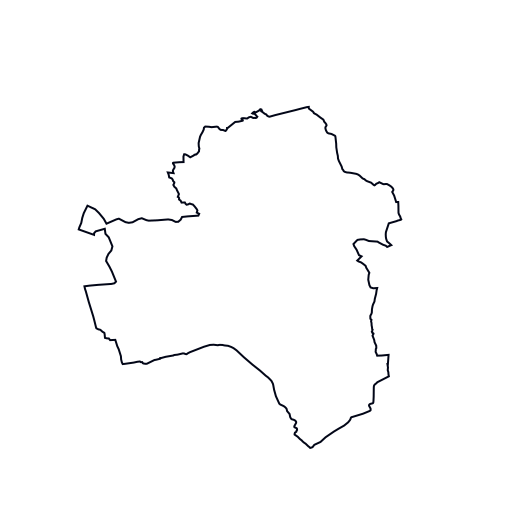 Baile Govora, Vâlcea, Romania (Robinson projection), rotated 207°
{"feature_id": "2599482B27172768373600", "entity_name": "Baile Govora", "entity_type": "district", "adm_level": 2, "iso_a3": "ROU", "parent_name": "Romania", "parent_adm1": "Vâlcea", "projection": "robinson", "projection_center": [24.185, 45.08], "detail": "fine", "context": "isolated", "style": "outline", "palette": "ink", "viewbox_px": 512, "rotation_deg": 207, "n_neighbors": 0, "source": "geoboundaries", "source_scale": "gbopen_adm2", "svg_char_len": 6105}
<svg xmlns="http://www.w3.org/2000/svg" viewBox="0 0 512 512"><g transform="rotate(207 256 256)"><path d="M276.7,412.8L278.3,411.7L284.0,406.7L287.0,404.0L302.8,390.3L307.1,386.3L307.7,386.1L309.0,386.0L309.8,386.1L311.1,386.8L312.0,386.7L313.0,386.7L315.9,387.3L316.9,387.3L317.1,387.4L316.7,388.2L317.7,389.0L318.7,388.8L319.0,388.4L319.3,387.0L321.3,384.0L321.8,383.8L323.0,383.7L323.7,382.6L324.1,381.4L323.3,381.4L322.5,381.8L321.4,382.0L320.3,381.5L319.5,381.3L319.0,380.9L318.1,380.7L318.3,379.4L319.1,378.7L320.2,378.3L321.1,377.7L323.4,377.7L323.9,377.6L324.7,376.9L325.4,376.2L326.2,374.6L326.9,374.2L329.4,373.3L330.8,372.5L331.3,372.0L331.3,371.6L329.6,371.1L329.3,370.8L329.3,370.5L332.5,367.8L335.4,366.0L339.5,356.9L339.8,356.8L339.6,356.5L339.5,355.4L339.7,354.3L339.9,353.6L340.2,353.5L342.6,353.3L344.5,352.4L344.9,352.4L346.0,352.5L348.6,353.7L349.1,353.6L349.8,353.4L354.1,350.6L356.6,349.8L360.0,348.3L360.6,346.7L360.0,344.9L359.9,341.9L360.1,338.9L360.0,336.9L358.4,330.6L356.8,327.8L355.1,325.8L355.1,325.2L354.9,324.7L354.3,323.4L354.5,322.3L354.9,320.4L355.5,319.2L355.8,319.2L356.2,318.6L356.8,318.3L356.9,317.7L357.6,316.6L359.4,314.1L362.4,314.5L364.6,314.5L365.4,314.4L366.2,314.0L365.8,311.7L363.2,306.8L367.0,304.7L372.0,301.6L372.2,301.2L372.0,300.8L370.1,299.7L369.6,299.3L369.0,298.6L368.7,297.5L368.9,295.3L368.8,294.3L368.2,293.4L367.1,292.4L372.5,290.4L370.7,288.8L369.0,286.6L366.3,286.9L365.0,286.3L363.9,285.2L362.2,284.6L361.9,283.6L361.9,281.8L360.1,280.6L357.7,280.0L356.5,278.9L352.8,276.2L352.5,273.2L351.6,273.2L350.8,272.7L350.2,271.4L348.3,271.1L346.6,269.8L343.7,271.4L342.4,270.5L341.1,270.2L339.9,271.2L338.8,272.7L337.5,272.8L335.6,273.2L333.4,272.4L330.0,270.8L328.9,270.0L328.5,267.8L325.8,267.8L325.7,265.8L335.0,260.2L339.6,257.2L339.6,254.2L340.8,251.2L343.1,249.9L347.2,249.9L350.9,248.7L360.3,242.9L367.6,238.8L369.9,238.2L374.9,237.8L377.6,235.4L381.3,230.0L384.4,227.8L387.7,226.9L395.1,227.0L397.0,225.3L403.9,216.9L408.5,220.0L415.4,223.0L420.5,224.6L429.0,224.3L428.9,216.0L428.1,211.1L426.7,206.1L426.4,201.3L426.0,199.2L409.9,201.3L410.6,202.8L410.0,205.2L403.1,211.6L400.2,207.4L395.7,205.8L388.3,199.4L387.4,195.2L388.4,191.0L388.3,186.8L387.3,183.5L381.8,180.0L377.3,176.7L369.1,169.6L369.8,167.4L372.1,165.5L383.6,158.6L390.9,154.0L395.1,151.1L393.3,148.9L391.7,147.4L384.1,139.1L373.6,128.3L371.1,125.5L365.8,119.4L365.3,119.1L364.2,119.1L363.0,119.1L361.7,119.5L360.9,119.5L358.4,118.8L356.3,118.7L355.5,117.8L353.4,114.5L351.5,114.9L349.7,115.7L347.8,114.8L343.3,117.4L338.7,112.7L336.0,110.6L330.9,105.4L329.2,102.6L327.2,100.3L325.7,99.2L324.0,100.3L316.6,105.5L313.8,107.8L311.6,109.3L310.6,109.1L309.2,109.8L308.1,109.1L307.2,109.2L305.2,109.9L304.3,110.5L299.2,117.3L298.3,117.9L294.8,120.9L294.7,121.1L295.0,121.6L294.0,122.2L290.7,125.2L284.4,129.9L284.0,130.6L281.1,132.5L277.0,136.0L275.8,136.5L274.4,136.6L273.3,137.0L272.5,138.5L271.2,140.3L261.2,151.5L256.7,155.8L253.5,157.7L249.4,159.2L248.9,159.7L247.9,160.4L245.5,161.5L243.5,162.0L240.1,163.3L236.8,163.7L234.2,163.7L230.5,163.1L220.9,160.3L209.8,157.6L200.3,155.7L193.1,153.8L190.2,153.3L187.4,152.4L185.5,151.7L183.0,149.9L182.1,148.9L179.2,145.1L174.6,140.1L168.2,135.0L166.9,134.7L164.4,134.8L162.9,134.8L161.3,134.5L160.2,134.1L159.5,133.8L157.8,131.9L154.4,130.5L152.4,128.0L151.1,127.1L150.6,126.9L149.9,126.8L148.1,127.2L146.7,127.2L145.9,127.0L145.0,126.5L144.5,125.6L144.6,122.0L144.5,121.5L144.3,121.2L144.0,120.9L143.5,120.9L141.6,121.0L141.0,120.6L140.4,119.6L140.6,118.9L140.4,118.3L140.3,117.7L141.1,116.3L140.8,114.8L140.5,114.4L136.8,113.9L133.9,112.9L131.3,112.4L130.5,112.0L128.4,111.5L126.6,111.3L123.0,110.2L121.7,110.0L120.6,109.6L119.9,110.2L118.9,111.3L118.7,112.0L118.4,113.9L118.1,114.5L114.1,119.6L111.7,126.1L106.8,135.1L104.0,139.6L100.5,144.9L98.4,149.6L97.8,152.4L97.8,153.5L98.0,154.9L97.8,155.7L97.0,156.4L89.1,164.0L84.3,169.6L83.9,170.5L84.1,171.1L84.7,172.1L87.3,173.9L87.6,174.6L87.5,175.3L87.2,175.9L86.6,176.5L85.5,177.4L85.0,178.0L85.0,178.8L85.5,180.1L87.2,183.9L91.3,192.2L91.8,193.4L92.0,194.3L91.8,195.5L91.0,197.2L90.6,198.6L83.0,209.1L84.3,210.8L85.3,212.5L86.8,214.1L87.8,216.6L89.7,219.2L89.3,219.3L93.0,228.1L98.8,224.4L102.8,222.2L103.8,223.3L105.9,224.9L106.3,226.0L107.0,227.5L107.0,228.6L108.2,230.7L111.2,233.0L112.7,235.0L116.0,237.9L116.0,240.1L116.4,240.4L117.1,240.2L118.4,241.1L118.3,241.9L118.6,242.5L118.7,243.2L119.0,243.2L120.4,245.3L121.5,246.7L122.7,248.8L123.7,249.9L124.0,250.6L124.1,251.5L125.6,252.0L126.9,254.4L127.0,254.9L126.9,256.5L127.1,258.1L128.5,261.2L129.4,264.2L129.7,265.9L129.8,269.2L130.7,271.8L131.8,276.8L133.0,280.3L133.5,282.5L136.8,280.5L139.6,280.0L141.7,281.5L145.2,285.8L147.0,290.3L147.4,292.5L152.3,295.5L153.9,297.0L156.8,297.6L159.4,298.0L162.3,297.7L163.7,297.9L161.8,303.6L164.6,303.5L169.3,307.3L172.9,309.3L174.6,310.9L173.2,315.6L172.8,316.5L170.6,318.1L167.5,319.9L165.5,320.3L162.2,320.6L154.2,324.0L152.9,323.8L147.8,323.7L145.0,324.1L143.3,323.6L140.4,327.1L143.2,327.9L145.6,328.4L146.1,328.7L147.9,330.5L149.0,332.0L150.3,334.3L151.1,336.3L152.5,345.4L146.5,351.0L145.9,351.8L143.4,354.0L143.2,354.6L144.1,355.2L145.5,356.7L147.4,357.9L148.6,359.1L151.8,365.2L153.8,368.7L155.6,367.7L160.3,372.5L163.7,374.9L163.5,376.6L163.6,377.3L164.1,377.9L165.0,378.5L166.9,379.2L169.1,379.5L171.8,379.6L172.8,379.2L174.7,378.0L175.3,377.8L179.7,377.7L180.1,376.8L181.6,375.0L182.2,373.2L182.6,372.7L183.7,372.8L186.7,373.6L191.1,373.1L192.7,373.2L194.3,373.7L195.3,373.5L196.5,373.6L200.2,374.7L202.3,374.9L204.0,374.7L209.4,373.1L211.3,372.4L212.9,371.7L214.9,371.3L216.3,371.4L217.2,372.1L218.5,372.6L220.3,374.6L225.3,378.3L227.2,380.1L228.5,382.3L230.6,384.8L233.8,389.3L235.5,392.4L239.3,398.2L239.8,398.8L240.3,399.0L243.8,399.0L244.6,398.9L247.0,398.2L248.2,398.2L248.8,398.4L250.7,399.7L252.0,401.1L252.4,401.8L252.6,402.3L252.4,404.3L253.1,405.2L254.8,406.1L256.2,406.6L257.5,407.8L258.0,408.1L261.6,408.6L266.2,409.5L269.0,409.5L269.4,409.6L269.7,410.0L270.9,410.5L275.6,411.3L276.2,411.8L276.7,412.8Z" fill="none" stroke="#020617" stroke-width="2"/></g></svg>